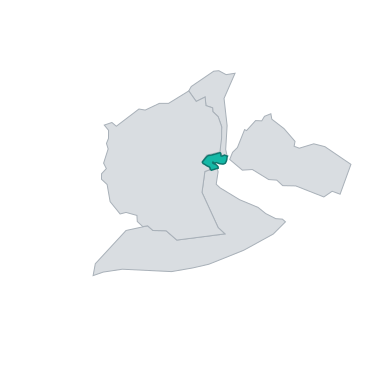 Djibouti and the surrounding countries, rotated 43°
{"feature_id": "DJI", "entity_name": "Djibouti", "entity_type": "country or territory", "adm_level": 0, "iso_a3": "DJI", "parent_name": "Africa", "parent_adm1": "", "projection": "robinson", "projection_center": [42.635, 11.825], "detail": "fine", "context": "with_neighbors", "style": "filled", "palette": "teal", "viewbox_px": 384, "rotation_deg": 43, "n_neighbors": 4, "source": "natural_earth", "source_scale": "50m", "svg_char_len": 2516}
<svg xmlns="http://www.w3.org/2000/svg" viewBox="0 0 384 384"><g transform="rotate(43 192 192)"><path d="M170.2,310.4L170.0,265.1L182.6,247.0L189.7,246.8L199.5,238.0L213.7,237.5L244.6,200.2L235.4,200.2L199.6,185.5L187.4,168.2L193.8,157.1L197.3,159.4L204.4,169.8L209.8,169.8L232.0,165.2L250.9,158.2L260.6,157.5L271.4,154.4L276.6,150.2L280.7,150.1L280.1,167.3L269.6,199.2L253.6,233.3L244.2,247.2L231.3,264.2L193.7,296.0L181.7,311.1L176.7,320.6L170.2,310.4Z" fill="#d9dde1" stroke="#a8b0b8" stroke-width="1"/><path d="M120.7,120.3L119.5,115.3L125.5,88.8L128.9,85.0L136.9,82.9L142.5,75.8L151.6,101.7L172.4,119.5L187.7,138.0L193.1,141.7L189.8,144.8L185.1,143.7L169.3,124.1L159.8,119.1L152.4,119.0L149.7,116.4L143.3,119.3L136.8,113.6L133.3,122.9L120.7,120.3Z" fill="#d9dde1" stroke="#a8b0b8" stroke-width="1"/><path d="M289.4,63.4L301.8,92.6L294.0,95.9L291.8,105.7L263.7,116.8L254.0,125.5L245.9,125.5L239.6,130.6L220.8,134.4L213.9,141.7L197.4,142.5L194.6,135.3L194.9,128.5L187.9,110.5L190.0,109.9L189.8,96.4L194.5,92.4L193.4,87.2L196.3,81.0L200.7,84.3L216.2,82.9L232.8,84.7L235.5,88.9L240.6,86.8L248.2,73.7L258.3,68.2L289.4,63.4Z" fill="#d9dde1" stroke="#a8b0b8" stroke-width="1"/><path d="M244.6,200.2L213.7,237.5L199.5,238.0L189.7,246.8L182.6,247.0L179.6,250.9L172.1,250.9L167.7,246.7L157.7,251.9L154.4,257.1L138.7,254.9L124.8,244.4L117.1,244.4L113.4,240.3L113.4,233.3L107.7,231.2L101.3,217.7L96.3,214.8L94.4,209.8L88.9,203.8L82.2,202.9L86.0,195.8L91.8,195.5L96.6,167.5L101.9,164.0L107.7,149.4L114.4,143.2L120.7,120.3L133.3,122.9L136.8,113.6L143.3,119.3L149.7,116.4L152.4,119.0L159.8,119.1L169.3,124.1L176.9,132.4L185.1,143.7L177.6,155.0L178.6,162.2L187.3,161.6L189.7,163.8L187.4,168.2L199.6,185.5L235.4,200.2L244.6,200.2Z" fill="#d9dde1" stroke="#a8b0b8" stroke-width="1"/><path d="M194.9,156.7L193.9,158.3L192.7,160.5L191.3,162.9L190.5,162.9L189.8,162.8L189.4,162.4L188.4,161.9L187.4,161.9L186.3,162.3L184.6,162.8L183.1,163.0L181.8,163.3L180.8,163.6L179.9,163.4L179.1,163.1L178.9,160.5L178.7,157.7L178.7,155.6L179.0,154.3L179.3,153.9L180.7,152.2L181.2,151.5L182.9,148.8L184.3,146.4L185.4,144.6L185.7,144.3L186.2,144.0L186.5,144.1L188.6,145.8L188.9,145.7L189.6,145.2L190.3,143.4L190.7,142.7L190.9,142.7L192.2,142.2L193.5,141.6L193.6,142.2L195.4,144.7L196.0,145.9L196.7,148.1L196.3,149.3L195.9,150.1L195.2,150.8L192.7,152.6L190.0,153.7L188.3,155.9L187.0,155.8L187.2,156.6L187.6,156.7L188.4,156.5L189.9,155.9L191.2,155.6L192.7,155.6L193.9,155.8L194.9,156.7Z" fill="#14b8a6" stroke="#0f766e" stroke-width="1.5"/></g></svg>